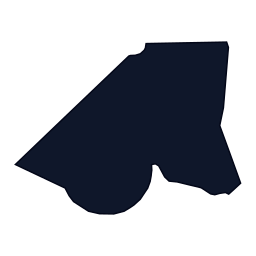 the district of Borkou, Borkou, Chad
{"feature_id": "50815135B4564368173337", "entity_name": "Borkou", "entity_type": "district", "adm_level": 2, "iso_a3": "TCD", "parent_name": "Chad", "parent_adm1": "Borkou", "projection": "mercator", "projection_center": [19.353, 16.669], "detail": "fine", "context": "isolated", "style": "filled", "palette": "ink", "viewbox_px": 256, "rotation_deg": 0, "n_neighbors": 0, "source": "geoboundaries", "source_scale": "gbopen_adm2", "svg_char_len": 750}
<svg xmlns="http://www.w3.org/2000/svg" viewBox="0 0 256 256"><path d="M190.3,185.1L198.0,186.9L201.3,187.8L210.7,193.9L214.8,194.7L219.9,193.3L225.5,192.5L227.7,193.6L228.7,194.1L233.9,189.4L240.6,183.2L230.1,154.1L219.7,125.6L223.4,107.8L228.4,47.4L226.6,42.1L183.5,42.9L146.1,43.6L145.4,48.0L144.2,50.3L140.3,53.8L135.3,55.3L130.5,55.5L128.9,56.0L64.8,117.2L15.4,164.5L23.6,168.4L65.1,188.0L69.2,195.8L73.6,201.6L88.5,211.2L99.5,213.7L113.8,213.9L124.1,211.2L130.2,207.5L134.0,204.9L138.4,200.9L140.2,199.3L146.8,189.4L147.6,188.3L150.1,181.5L151.1,175.9L151.5,172.2L151.8,170.1L151.7,168.3L151.5,164.6L153.2,164.2L155.4,163.8L158.7,165.8L164.7,176.9L169.1,181.1L177.2,181.9L190.3,185.1Z" fill="#0f172a" stroke="#020617" stroke-width="1.5"/></svg>